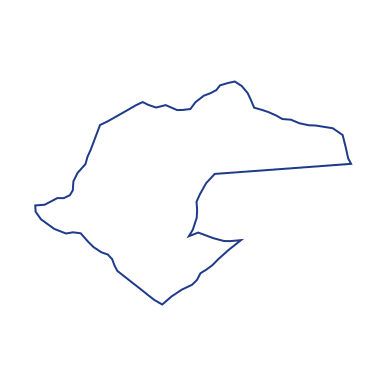 outline of Araçoiaba, Pernambuco, Brazil, rotated 279°
{"feature_id": "56859067B21879203827187", "entity_name": "Araçoiaba", "entity_type": "district", "adm_level": 2, "iso_a3": "BRA", "parent_name": "Brazil", "parent_adm1": "Pernambuco", "projection": "mercator", "projection_center": [-35.078, -7.801], "detail": "fine", "context": "isolated", "style": "outline", "palette": "blue", "viewbox_px": 384, "rotation_deg": 279, "n_neighbors": 0, "source": "geoboundaries", "source_scale": "gbopen_adm2", "svg_char_len": 1194}
<svg xmlns="http://www.w3.org/2000/svg" viewBox="0 0 384 384"><g transform="rotate(279 192 192)"><path d="M244.7,344.7L249.8,340.9L259.3,337.2L271.8,331.9L277.0,321.1L277.0,303.6L276.2,297.1L276.7,287.3L278.9,278.4L278.2,269.8L280.7,263.3L282.9,254.9L284.0,248.6L285.0,240.2L292.4,235.6L298.4,231.5L304.5,224.5L307.8,217.0L305.4,210.7L301.7,203.0L296.5,200.1L292.6,195.0L288.9,188.5L281.3,181.4L273.7,177.4L271.6,170.0L270.6,164.5L273.7,152.4L269.8,143.3L271.2,135.3L273.1,129.2L269.1,123.3L261.2,113.5L248.4,97.4L243.8,90.7L217.3,85.2L210.6,83.3L202.9,82.4L193.0,76.0L184.0,73.2L175.0,74.0L169.8,71.9L165.9,66.4L164.9,59.9L156.4,48.5L154.2,39.3L148.1,40.6L141.4,47.1L137.7,54.4L134.0,61.7L131.3,74.0L133.6,80.9L133.8,88.5L126.8,97.0L122.2,103.3L118.2,112.2L117.1,118.6L113.1,123.7L107.2,127.0L102.4,130.6L92.9,147.6L88.1,156.3L83.6,164.2L79.5,171.6L76.2,180.2L85.6,188.1L93.9,197.1L100.5,206.7L106.0,210.7L113.1,213.1L117.7,218.4L122.8,223.5L129.8,228.5L140.5,237.2L152.1,247.9L149.4,237.2L148.6,231.2L149.7,220.5L152.9,204.5L147.8,195.8L154.8,198.7L167.3,200.7L174.9,199.9L183.1,198.0L191.4,200.3L203.0,204.6L213.4,211.6L244.7,344.7Z" fill="none" stroke="#1e3a8a" stroke-width="2"/></g></svg>